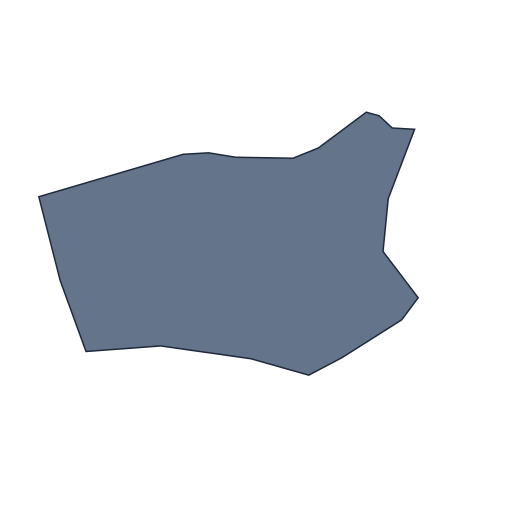 map outline of Saint Andrew (Robinson projection), rotated 250°
{"feature_id": "GRD-5070", "entity_name": "Saint Andrew", "entity_type": "Parish", "adm_level": 1, "iso_a3": "GRD", "parent_name": "Grenada", "parent_adm1": "", "projection": "robinson", "projection_center": [-61.639, 12.124], "detail": "fine", "context": "isolated", "style": "filled", "palette": "slate", "viewbox_px": 512, "rotation_deg": 250, "n_neighbors": 0, "source": "natural_earth", "source_scale": "10m", "svg_char_len": 419}
<svg xmlns="http://www.w3.org/2000/svg" viewBox="0 0 512 512"><g transform="rotate(250 256 256)"><path d="M386.0,72.2L376.5,222.2L369.2,246.7L355.7,270.8L335.2,324.3L336.2,351.6L353.4,408.8L345.7,419.6L329.7,427.8L320.8,448.4L264.7,399.9L216.8,376.9L161.3,394.1L146.2,371.1L131.1,302.1L126.0,264.8L161.3,215.9L204.2,135.4L224.4,63.6L300.0,63.6L386.0,72.2Z" fill="#64748b" stroke="#1e293b" stroke-width="1.5"/></g></svg>